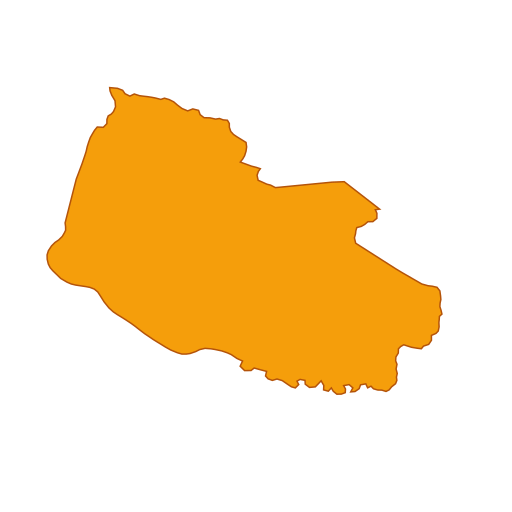 Imaruí, Santa Catarina, Brazil, rotated 110°
{"feature_id": "56859067B62277062400963", "entity_name": "Imaruí", "entity_type": "district", "adm_level": 2, "iso_a3": "BRA", "parent_name": "Brazil", "parent_adm1": "Santa Catarina", "projection": "equal_earth", "projection_center": [-48.829, -28.216], "detail": "fine", "context": "isolated", "style": "filled", "palette": "amber", "viewbox_px": 512, "rotation_deg": 110, "n_neighbors": 0, "source": "geoboundaries", "source_scale": "gbopen_adm2", "svg_char_len": 2878}
<svg xmlns="http://www.w3.org/2000/svg" viewBox="0 0 512 512"><g transform="rotate(110 256 256)"><path d="M139.0,396.0L141.4,399.0L141.9,404.3L142.5,408.1L143.4,412.6L144.3,416.3L145.2,420.3L145.4,425.8L148.9,429.2L148.3,434.6L145.9,438.0L145.8,443.5L147.8,451.1L150.8,449.6L154.3,446.5L158.3,441.6L163.9,439.0L169.0,439.3L172.1,440.5L174.9,442.8L178.6,442.8L182.6,441.4L187.3,443.5L189.1,449.3L193.1,450.7L196.7,451.4L201.4,452.2L206.1,452.2L211.0,452.0L215.6,451.4L219.8,451.2L228.9,451.0L238.7,451.1L245.2,451.2L290.2,446.7L293.5,445.0L296.9,443.7L299.9,444.0L303.8,444.7L308.4,446.9L312.0,449.5L316.5,451.6L322.0,452.9L326.4,452.7L330.5,451.1L334.6,448.4L337.4,445.4L339.4,441.8L341.5,437.1L343.9,431.8L345.2,424.8L345.5,420.1L345.0,415.6L343.9,410.1L342.9,405.2L342.3,401.3L342.4,396.6L343.9,392.4L346.6,388.8L351.1,383.0L355.1,376.4L357.3,371.0L358.5,366.2L359.3,362.2L360.6,356.2L362.0,350.4L363.2,346.2L365.0,340.7L367.1,334.0L368.4,328.7L369.6,324.1L370.5,319.8L371.4,315.3L372.5,310.1L373.5,304.0L373.8,296.9L373.5,292.1L372.0,288.0L370.2,284.6L366.4,279.9L363.2,276.9L360.2,272.3L358.6,266.5L357.8,262.2L356.9,255.7L356.8,249.7L357.1,245.6L358.8,238.8L359.3,232.7L365.0,233.2L367.6,227.5L365.3,221.5L361.9,219.4L361.4,213.0L360.8,206.6L365.5,206.0L367.3,202.6L367.3,198.1L364.4,194.2L364.1,188.7L365.7,182.6L366.8,178.0L366.5,173.9L362.2,171.9L359.6,174.7L356.9,172.4L356.1,167.4L359.6,165.9L361.2,160.8L358.7,155.5L354.9,153.8L351.0,152.1L354.5,148.0L358.7,146.7L358.3,141.8L354.2,140.1L356.7,137.1L358.2,132.8L356.6,128.6L353.9,125.4L350.4,126.4L347.8,129.3L345.0,124.5L346.8,119.9L351.3,120.5L349.5,116.6L345.4,113.7L341.3,113.7L338.6,109.1L341.7,106.0L339.0,103.4L340.6,100.2L340.3,95.8L339.0,91.9L338.8,87.5L336.3,85.1L332.5,83.8L328.3,81.2L324.7,81.1L321.8,82.6L318.1,83.1L314.3,85.7L309.5,86.5L306.8,88.9L303.1,90.0L298.5,89.1L294.5,90.4L291.6,89.1L288.9,86.8L288.6,78.7L287.5,72.8L286.6,68.9L283.4,67.8L280.0,63.5L275.2,62.3L270.6,64.0L267.2,60.4L264.2,59.1L260.0,59.7L255.9,61.4L253.0,62.1L250.0,63.0L247.0,61.4L243.8,63.5L240.7,65.9L237.3,66.9L233.7,67.4L230.4,68.9L225.9,71.3L223.5,75.2L224.1,80.0L225.1,84.2L225.6,90.6L221.7,112.8L220.2,120.4L209.9,166.7L205.3,169.7L201.0,170.1L198.1,170.8L194.8,171.0L192.2,167.2L189.1,164.6L185.5,162.6L183.8,158.0L179.3,155.3L174.5,157.0L171.7,159.7L169.7,155.9L156.0,198.5L160.6,209.8L183.1,256.9L185.1,261.2L184.4,266.5L184.8,270.5L184.4,275.4L184.1,279.9L179.8,282.6L175.7,282.7L172.5,281.8L172.6,286.0L173.1,290.9L173.1,297.4L173.1,302.9L169.6,301.7L165.7,301.0L161.0,301.2L156.7,302.1L152.7,304.2L151.6,309.4L150.5,314.7L149.5,318.7L147.6,322.3L144.1,325.1L140.6,326.4L138.2,329.3L139.3,333.4L139.3,337.4L141.2,340.8L141.9,346.4L143.8,352.1L142.3,356.8L138.8,359.8L139.4,365.7L143.0,369.8L142.7,376.0L141.0,381.6L139.3,386.0L138.7,391.1L139.0,396.0Z" fill="#f59e0b" stroke="#b45309" stroke-width="1.5"/></g></svg>